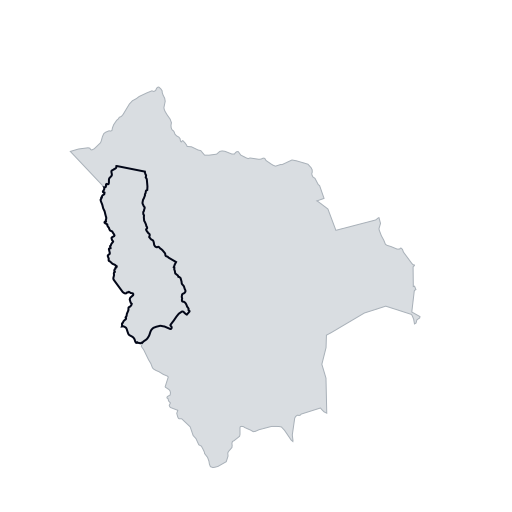 La Paz highlighted on a map of Bolivia, rotated 343°
{"feature_id": "BOL-1936", "entity_name": "La Paz", "entity_type": "Department", "adm_level": 1, "iso_a3": "BOL", "parent_name": "Bolivia", "parent_adm1": "", "projection": "natural_earth1", "projection_center": [-68.162, -14.972], "detail": "fine", "context": "in_parent", "style": "outline", "palette": "ink", "viewbox_px": 512, "rotation_deg": 343, "n_neighbors": 0, "source": "natural_earth", "source_scale": "10m", "svg_char_len": 9698}
<svg xmlns="http://www.w3.org/2000/svg" viewBox="0 0 512 512"><g transform="rotate(343 256 256)"><path d="M111.4,293.8L110.7,287.1L109.7,285.5L108.1,284.4L107.6,283.1L108.2,281.7L111.1,278.9L112.7,278.5L113.1,277.1L118.6,269.2L120.2,267.6L122.1,266.5L122.9,265.6L122.5,262.7L122.6,260.8L123.3,259.6L126.9,257.3L127.3,256.8L127.1,256.1L125.6,254.6L122.3,253.4L120.1,253.5L118.1,251.4L113.8,239.5L113.1,236.7L113.1,235.6L116.0,229.8L119.2,225.1L118.8,224.0L115.3,219.4L114.2,217.2L114.6,212.4L116.6,210.9L117.6,206.6L118.5,205.9L120.4,203.0L123.1,200.3L123.3,197.1L124.1,196.2L126.3,195.2L126.5,194.3L126.0,192.2L124.9,189.9L124.0,188.7L122.8,183.1L121.5,180.3L122.9,177.8L123.8,174.9L124.0,171.6L123.9,157.2L126.6,153.6L128.0,152.8L129.3,151.6L129.2,149.3L131.1,146.3L109.0,101.7L117.6,101.8L127.0,103.4L128.6,104.3L129.0,105.9L130.0,106.6L132.6,106.2L140.3,102.3L141.4,101.1L144.1,96.9L146.2,94.5L148.2,93.7L152.1,93.3L153.3,94.0L154.9,93.9L156.2,91.5L158.3,88.8L162.4,85.5L164.5,84.6L165.8,83.4L168.0,83.2L170.0,82.0L179.4,73.6L183.2,71.4L187.6,70.5L190.9,69.3L199.3,68.1L204.7,67.6L206.4,68.8L208.4,68.4L210.0,66.5L211.4,65.9L212.4,66.0L213.8,68.2L214.5,70.6L214.1,72.4L214.2,75.0L214.8,78.5L214.4,81.5L211.3,87.2L211.1,88.9L211.3,91.1L212.2,94.8L213.9,100.0L214.1,103.8L212.9,106.2L212.4,108.4L212.5,110.1L212.9,111.4L213.6,112.1L214.0,113.5L214.1,115.7L215.1,117.8L217.0,119.8L217.7,121.7L217.4,123.5L217.5,124.6L218.0,125.1L219.2,124.2L219.8,124.4L221.1,126.9L222.0,129.5L222.2,131.1L226.2,132.7L231.6,137.7L234.0,139.1L236.3,144.5L240.3,145.8L248.1,147.1L251.9,145.4L254.3,145.6L256.9,146.8L262.7,151.4L265.1,152.2L266.8,151.0L268.4,150.6L269.6,151.1L270.9,155.0L275.3,159.3L277.0,160.6L278.9,160.5L287.1,164.4L289.3,164.8L291.5,164.5L292.9,165.2L293.5,167.6L297.2,172.3L298.9,174.2L300.9,175.8L306.2,175.7L307.8,176.2L318.5,174.7L322.5,176.8L332.5,183.4L334.5,187.7L334.9,190.0L334.3,192.3L333.5,193.3L333.2,194.8L333.5,197.0L335.1,199.0L336.4,205.9L337.4,207.3L337.9,220.8L330.3,221.1L331.5,222.4L338.5,232.1L339.9,254.8L380.1,256.5L381.1,256.5L384.1,255.3L384.8,255.3L384.6,261.2L381.6,265.8L381.4,267.3L381.8,273.3L382.8,278.2L383.2,282.7L384.4,284.1L387.8,286.4L393.0,290.7L395.1,291.3L396.9,290.7L398.0,292.5L398.1,295.3L402.7,308.3L403.5,310.1L404.9,311.0L404.6,311.6L403.4,311.9L402.9,312.8L397.5,331.2L398.8,331.2L399.1,334.9L397.5,335.2L397.0,336.0L388.6,355.1L395.1,361.9L394.4,363.1L391.2,364.1L389.4,366.9L387.7,367.3L388.3,362.5L387.9,358.3L387.4,357.2L365.4,341.9L343.0,342.2L306.2,351.1L300.2,352.3L296.2,364.1L287.3,378.8L287.2,393.3L277.7,427.0L275.5,424.9L273.8,421.7L273.3,420.3L273.1,420.2L252.9,420.4L251.9,421.1L250.5,421.1L249.4,420.4L248.4,420.5L246.9,421.1L245.6,422.4L238.4,437.7L237.4,443.3L237.0,444.2L235.8,442.3L232.3,431.0L230.3,426.9L228.0,425.7L220.9,423.5L208.2,423.0L204.1,423.5L202.0,423.2L199.9,420.9L195.1,416.8L194.1,415.5L192.3,414.7L191.2,414.6L190.5,415.4L188.6,421.8L187.6,423.6L181.0,426.2L179.2,426.5L178.2,428.1L177.8,430.2L177.0,432.1L172.4,435.0L171.4,436.2L170.8,439.1L167.4,444.0L158.1,446.1L155.0,446.0L152.9,445.7L150.8,444.1L150.6,441.4L151.0,438.5L150.8,434.5L149.1,429.9L149.3,428.4L149.0,426.2L148.2,421.9L146.1,419.8L145.2,413.1L143.4,409.3L143.1,400.1L137.3,389.9L134.9,389.2L134.4,388.6L134.1,387.1L134.2,383.3L136.1,380.7L129.8,375.8L129.4,374.5L129.4,373.4L131.2,371.5L130.0,369.0L130.2,366.8L129.4,365.8L129.5,365.1L130.2,364.5L133.3,363.8L134.3,361.6L134.3,359.7L133.8,358.4L131.0,355.0L130.9,354.5L136.7,346.1L136.5,345.5L135.9,344.7L132.8,342.2L129.4,338.3L127.0,336.3L125.2,334.4L124.3,332.7L124.0,328.2L122.9,323.7L121.2,312.9L119.9,308.9L121.3,306.8L121.2,306.2L115.8,303.1L114.7,298.2L111.4,293.8Z" fill="#d9dde1" stroke="#a8b0b8" stroke-width="1"/><path d="M116.4,304.1L116.1,304.1L115.7,303.4L115.5,302.3L115.5,300.2L115.3,299.2L114.7,297.8L113.8,296.7L111.8,294.7L111.3,293.8L111.1,292.8L111.0,290.5L111.0,288.4L110.9,287.4L110.7,286.6L110.3,286.1L109.8,285.5L108.8,284.6L108.5,284.4L107.1,284.2L107.6,283.5L107.9,281.9L108.2,281.3L108.9,281.1L110.2,279.7L111.0,279.2L111.6,278.9L112.3,278.7L113.0,278.4L113.5,277.7L113.6,277.3L113.5,277.1L113.3,277.0L113.3,276.8L113.3,276.6L113.5,276.4L114.5,275.7L114.8,275.3L115.5,273.7L118.0,270.7L118.3,270.1L118.8,268.5L119.0,268.1L119.4,267.8L120.2,267.7L120.7,267.6L122.1,266.8L122.5,266.4L123.2,265.4L122.6,264.3L122.5,263.8L122.5,263.0L122.5,261.3L122.5,260.7L122.8,260.2L123.4,259.3L124.2,258.8L127.0,257.6L127.5,256.6L127.3,255.8L126.7,255.4L125.4,254.8L124.4,253.5L123.9,253.1L123.2,253.4L122.4,253.1L122.1,253.1L121.9,253.2L121.4,253.6L121.1,253.7L120.5,253.7L119.9,253.5L119.4,253.2L118.9,252.7L118.0,251.5L113.0,237.2L112.9,236.3L113.1,235.4L114.7,232.7L114.8,232.1L114.8,231.6L115.0,231.0L115.3,230.5L115.5,230.3L116.2,230.1L116.4,229.9L116.4,229.7L116.1,228.8L116.3,228.4L116.6,227.8L117.1,227.3L117.9,227.0L118.3,225.9L118.7,225.8L119.3,225.9L119.7,225.5L119.8,225.0L119.2,224.3L118.6,223.3L118.2,222.9L116.7,221.7L116.3,221.2L114.9,218.7L113.9,217.7L113.8,217.2L113.9,216.7L114.3,215.6L114.4,215.4L114.2,213.0L114.3,212.5L114.5,212.1L115.1,211.8L116.4,211.3L116.8,211.1L117.1,210.2L117.3,206.5L117.6,206.0L118.1,205.9L118.7,206.1L119.2,206.1L119.3,205.8L119.3,204.4L119.3,203.9L119.5,203.8L119.9,203.7L120.1,203.6L121.1,202.3L121.5,201.9L123.1,200.9L123.6,200.4L123.5,199.8L123.2,199.2L123.0,198.7L123.0,197.6L123.0,197.0L123.1,196.5L123.7,196.0L124.6,195.8L126.2,195.5L126.7,194.9L126.6,193.9L126.0,192.0L125.8,191.0L125.7,190.6L125.4,190.2L124.1,189.2L123.8,188.6L123.6,187.7L123.6,186.7L123.5,185.7L123.1,185.0L122.8,183.9L122.8,183.5L122.8,183.0L123.0,182.7L123.0,182.3L122.7,181.9L121.4,180.7L120.9,179.8L121.2,179.2L121.5,179.1L122.3,179.3L122.6,179.2L122.8,178.9L122.8,178.6L122.7,178.2L122.8,177.8L123.0,177.5L123.5,176.9L123.7,176.5L123.9,175.8L124.1,175.1L124.0,174.4L124.3,168.8L123.9,166.5L123.8,165.4L124.0,162.0L123.7,158.7L123.7,157.5L123.8,156.8L124.6,156.1L124.8,155.4L125.1,154.9L125.7,155.0L126.0,154.2L126.4,153.6L126.9,153.2L128.9,152.6L129.1,152.3L129.7,151.0L129.4,150.7L128.6,150.4L128.4,150.2L128.4,149.7L128.7,149.3L129.0,149.0L129.7,148.5L130.1,148.1L130.4,147.7L130.6,147.3L130.7,146.7L130.9,146.4L131.1,146.3L131.0,146.0L131.3,146.1L132.1,146.1L132.3,146.1L132.5,146.0L132.8,145.6L133.4,144.0L133.6,143.6L134.2,143.4L134.6,143.6L135.0,144.0L135.4,144.1L135.9,144.1L136.2,143.8L136.7,143.0L137.8,139.7L138.4,138.8L141.3,137.1L141.9,136.3L142.1,135.3L142.3,133.2L142.7,132.4L143.4,132.0L145.3,131.7L146.0,131.3L146.5,131.4L147.1,131.2L147.7,131.0L148.1,130.6L148.5,130.0L148.7,129.2L149.1,129.2L174.4,142.8L174.2,143.4L174.2,143.9L174.2,145.7L174.3,146.1L174.5,146.5L174.4,147.0L174.1,147.6L173.5,148.6L173.9,149.8L174.0,150.4L173.9,151.2L172.5,157.8L171.3,161.1L171.0,161.2L170.6,161.2L170.1,161.3L169.7,161.7L168.7,163.7L168.5,163.9L168.1,164.2L167.9,164.4L167.8,164.6L167.6,165.2L167.6,165.5L165.5,168.2L164.7,168.9L164.3,169.4L163.3,171.3L162.9,172.2L162.9,173.2L163.3,175.9L163.7,176.6L163.7,177.2L163.5,177.7L162.5,179.1L162.0,180.1L161.7,180.4L161.3,180.7L161.0,181.1L160.8,181.7L160.5,182.9L160.5,183.4L160.8,184.2L160.7,184.7L160.1,186.0L159.4,189.4L159.4,189.9L159.7,191.1L160.0,193.7L159.9,195.5L160.2,196.4L160.2,196.9L160.1,197.4L159.8,197.8L159.0,198.2L158.7,198.4L158.6,199.0L158.7,199.5L158.8,200.1L159.1,201.1L159.4,201.5L159.5,201.7L159.5,202.2L159.6,202.5L160.1,203.1L160.4,203.6L160.6,204.2L160.5,204.7L160.3,205.3L160.2,205.6L159.8,206.0L159.6,206.2L159.5,206.5L159.4,206.7L159.5,206.9L160.2,208.7L160.6,209.5L161.8,210.7L162.1,211.2L162.2,211.8L162.2,213.0L162.1,214.1L162.0,214.6L161.9,215.3L161.9,215.7L162.0,216.3L162.3,217.3L162.7,217.9L163.0,218.1L163.4,218.4L163.6,218.6L163.9,218.7L164.2,218.7L164.8,218.6L165.1,218.6L165.4,218.7L165.6,218.9L165.9,219.3L166.4,220.4L166.6,220.8L166.9,221.1L167.5,221.9L168.2,223.0L169.7,226.6L169.8,227.0L169.8,227.4L169.6,228.6L169.6,228.9L169.6,229.2L169.7,229.5L169.9,229.8L170.2,230.1L170.5,230.3L171.0,230.6L171.4,231.0L171.9,232.0L176.8,237.3L177.8,238.4L175.8,240.4L174.9,241.7L174.1,242.6L174.4,242.9L174.5,243.0L174.5,243.6L174.3,243.9L174.1,244.2L174.0,244.6L173.9,244.9L173.9,245.2L174.0,245.9L174.0,246.6L173.7,248.8L173.8,249.0L173.8,249.3L174.3,249.9L174.7,250.6L175.4,251.5L175.6,252.0L175.7,252.6L175.6,253.1L175.7,253.3L176.5,253.6L176.8,254.1L177.3,254.8L177.4,255.3L177.3,258.8L177.0,260.3L177.0,261.0L177.3,261.8L178.0,263.3L178.2,264.1L178.2,266.6L178.4,268.0L178.4,268.5L178.3,268.9L178.0,269.5L177.4,270.0L176.8,270.4L176.2,270.6L174.7,270.8L174.1,271.2L173.7,272.0L173.2,273.0L173.0,273.5L173.0,274.0L173.0,274.6L173.0,274.9L172.9,275.2L172.5,275.8L172.4,276.1L172.2,276.7L172.1,277.3L172.2,277.8L172.6,278.2L173.7,278.7L174.0,279.2L174.4,279.6L174.7,280.2L174.8,280.5L175.0,281.0L175.3,283.1L175.3,284.0L175.3,284.3L175.6,285.0L175.8,285.3L176.1,286.8L175.6,287.9L175.7,288.2L175.9,288.5L176.1,288.8L176.3,289.0L176.3,289.4L176.1,289.7L175.8,289.9L172.7,291.8L172.1,291.2L171.5,290.3L171.1,289.7L170.7,288.9L170.4,288.3L170.2,288.1L169.8,287.7L169.5,287.6L169.2,287.5L168.8,287.5L165.6,288.5L165.0,288.8L162.2,290.7L159.2,293.1L158.6,293.6L154.5,296.5L154.1,296.9L154.0,297.0L153.9,297.2L154.0,297.6L154.1,298.1L154.3,298.5L154.5,298.9L154.5,299.2L154.5,299.4L154.4,299.9L154.2,300.2L154.1,300.4L153.5,300.8L153.2,300.9L152.9,300.8L152.6,300.7L147.8,296.6L147.3,296.4L146.5,296.0L144.5,294.9L143.8,294.7L140.0,294.5L137.0,294.7L136.2,295.0L134.7,295.8L134.4,296.0L133.1,297.3L130.9,300.4L130.1,301.3L128.0,303.1L126.7,303.8L123.5,304.8L121.7,305.8L121.2,305.4L120.9,305.5L120.6,305.6L120.0,305.7L119.6,305.5L119.2,305.3L118.5,304.8L117.7,304.6L117.6,304.4L117.1,303.7L116.7,303.8L116.4,304.1Z" fill="none" stroke="#020617" stroke-width="2"/></g></svg>